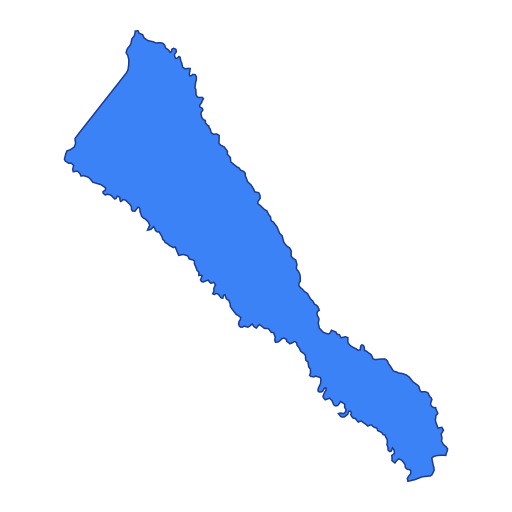 Caçu, Goiás, Brazil (Robinson projection)
{"feature_id": "56859067B96243703619067", "entity_name": "Caçu", "entity_type": "district", "adm_level": 2, "iso_a3": "BRA", "parent_name": "Brazil", "parent_adm1": "Goiás", "projection": "robinson", "projection_center": [-51.053, -18.733], "detail": "fine", "context": "isolated", "style": "filled", "palette": "blue", "viewbox_px": 512, "rotation_deg": 0, "n_neighbors": 0, "source": "geoboundaries", "source_scale": "gbopen_adm2", "svg_char_len": 6046}
<svg xmlns="http://www.w3.org/2000/svg" viewBox="0 0 512 512"><path d="M445.9,455.4L446.1,453.8L447.3,450.8L447.6,448.9L446.1,446.8L443.8,444.9L442.8,443.5L441.5,441.2L442.0,437.8L441.1,434.3L443.5,430.1L441.8,427.3L438.0,428.1L435.6,421.5L435.4,419.5L435.7,417.9L436.0,415.4L437.0,414.5L437.8,413.2L435.9,409.1L435.7,407.6L433.6,407.6L431.5,406.2L430.7,404.8L430.7,403.0L431.9,399.5L431.2,397.9L430.2,397.0L429.1,395.4L428.3,393.2L426.2,392.0L424.8,391.7L421.1,391.8L420.1,390.5L419.5,389.1L419.0,386.7L417.9,385.4L413.1,381.9L409.1,377.0L406.4,375.0L402.3,373.5L398.6,373.0L396.6,371.9L394.9,371.6L393.5,371.0L392.4,369.5L390.0,365.6L388.6,363.9L387.2,360.7L386.0,359.6L384.6,358.9L380.2,359.1L375.2,359.6L373.0,358.9L372.0,356.3L370.9,354.4L368.7,353.0L366.4,351.1L364.6,350.5L364.2,347.2L363.4,345.4L361.7,344.9L360.7,346.1L360.2,350.0L357.9,350.2L355.9,348.6L354.2,348.0L350.4,345.7L348.5,343.6L347.8,341.6L347.9,337.7L345.4,336.7L341.1,337.8L339.3,334.6L337.1,334.3L335.9,332.0L334.3,331.4L331.5,330.2L329.8,333.4L328.1,334.0L323.4,332.4L319.2,328.0L319.0,326.2L318.2,323.3L319.0,319.4L318.7,318.0L317.3,315.4L317.0,313.2L317.6,311.5L319.3,310.2L318.0,307.0L317.1,305.9L316.1,305.0L314.4,304.1L312.8,301.0L311.4,299.8L310.2,298.4L307.4,293.5L304.3,291.4L302.5,289.3L300.4,287.6L298.8,285.5L299.1,282.9L300.3,281.3L300.3,277.7L300.0,275.0L299.3,273.0L298.2,271.0L296.6,269.4L296.4,267.0L297.0,264.8L295.8,260.1L292.5,257.8L291.2,256.2L291.2,250.8L289.6,247.8L287.2,246.4L284.6,243.5L283.5,241.3L282.2,235.8L279.7,233.5L277.0,226.9L273.4,222.1L271.1,220.6L270.5,216.8L268.5,214.3L266.8,210.7L264.4,209.5L260.5,205.7L257.8,203.6L258.0,201.5L260.2,198.3L260.0,195.4L258.7,192.7L254.6,191.8L253.7,189.2L251.1,185.0L247.6,181.7L245.3,175.6L245.2,173.2L243.8,171.5L240.7,170.2L238.7,167.6L237.3,167.2L230.7,161.8L230.4,157.6L227.3,154.2L227.5,151.4L224.2,146.9L220.6,145.1L219.0,143.5L219.2,135.4L216.5,133.9L213.4,134.3L211.1,132.5L210.2,129.0L209.0,127.5L208.9,126.0L207.5,125.3L205.5,123.0L205.3,120.4L203.4,119.7L201.7,117.3L201.0,114.2L201.2,112.3L202.9,110.0L202.3,108.3L199.9,107.1L199.6,105.3L201.7,102.5L202.2,100.7L203.5,98.8L202.4,97.4L199.2,97.5L197.2,96.9L196.1,94.8L195.8,89.4L194.9,87.7L195.6,82.6L196.4,79.5L196.3,76.6L195.2,74.7L192.8,74.4L191.1,75.9L189.6,75.7L189.3,73.7L189.8,71.7L190.2,68.5L188.4,68.4L184.9,68.8L182.5,66.9L181.8,63.2L180.8,60.9L180.1,57.2L178.8,56.5L177.5,58.0L175.8,58.6L174.8,56.7L174.4,54.5L176.4,51.7L175.9,49.3L173.8,48.3L172.0,49.1L171.4,51.5L170.3,52.5L169.2,50.9L167.9,49.5L165.4,47.8L164.7,45.1L162.9,43.3L160.1,42.7L155.8,43.0L153.6,41.9L147.7,40.5L144.0,37.8L142.6,34.6L140.4,33.8L138.9,32.9L138.0,30.7L135.2,31.1L134.9,34.0L134.0,36.2L131.8,39.0L130.9,43.8L129.6,46.1L127.7,48.2L126.6,50.6L126.1,52.7L127.8,55.5L128.8,59.6L128.7,64.7L128.0,69.7L126.4,72.9L78.9,133.3L75.1,138.4L75.1,140.3L75.6,143.1L75.1,145.0L74.0,147.3L70.1,149.8L66.9,150.9L65.8,153.8L64.4,159.1L65.2,161.0L68.8,163.3L71.3,163.2L73.7,165.5L72.6,169.4L73.3,171.8L76.0,171.2L77.7,171.2L80.1,173.9L80.9,176.0L83.8,175.7L88.0,177.1L89.5,178.1L92.9,182.3L101.1,184.7L105.6,187.9L105.4,190.1L103.0,191.6L103.1,193.2L105.3,195.0L107.4,194.3L110.0,194.8L111.5,195.7L114.6,199.0L116.0,198.5L117.3,196.1L119.8,197.2L119.9,199.6L120.6,201.5L121.8,201.0L122.8,199.6L125.5,200.1L129.9,204.4L131.4,206.7L131.5,209.4L132.4,211.0L134.9,211.2L138.1,207.1L139.3,207.7L140.0,209.5L140.0,211.9L141.0,214.1L141.5,216.1L143.2,217.9L145.3,219.0L148.2,221.9L149.0,223.4L149.7,225.2L147.5,230.2L150.9,229.4L153.6,226.6L154.9,228.7L155.5,230.6L157.2,231.9L159.0,231.8L160.3,233.8L161.8,236.4L162.8,239.5L164.4,240.8L165.2,242.6L167.1,243.5L169.3,245.4L173.4,247.6L175.2,247.0L178.7,255.4L183.1,254.5L186.4,255.4L187.9,256.0L189.2,259.0L193.4,260.1L194.4,261.1L194.4,263.8L195.7,266.7L197.0,270.3L198.9,272.3L198.8,275.5L200.8,275.2L202.2,275.8L200.5,279.9L201.6,281.6L203.3,282.0L206.9,280.5L208.3,280.2L209.8,282.4L211.0,283.3L213.8,282.3L215.5,284.9L214.7,286.2L213.9,288.3L213.9,291.1L212.7,293.8L214.4,294.5L216.1,293.4L217.6,293.9L218.7,294.6L221.1,297.9L222.8,298.2L223.5,295.4L224.9,294.7L226.1,298.3L227.4,299.6L228.8,300.3L229.5,302.4L230.2,303.7L230.3,306.3L231.8,308.7L236.3,314.6L238.0,315.3L240.8,317.6L240.2,319.9L239.2,321.1L238.6,323.5L239.1,325.8L240.5,327.1L242.5,327.1L244.2,326.1L247.8,327.2L249.3,326.4L252.1,324.0L254.3,326.9L256.3,328.1L258.3,325.6L259.6,324.6L264.4,328.4L268.4,328.6L271.3,332.4L273.6,332.7L275.3,337.5L274.7,340.0L275.5,342.3L277.9,342.0L279.7,340.9L281.5,339.0L283.8,338.0L286.4,339.4L286.7,341.4L288.3,342.4L289.8,343.8L292.0,343.0L293.8,341.8L295.1,341.6L296.7,342.9L297.0,345.1L299.2,348.0L300.7,351.3L304.0,353.7L305.2,355.1L305.6,356.7L305.5,358.3L305.9,360.3L308.0,362.0L308.7,367.0L310.4,369.1L310.5,373.1L309.6,375.3L310.8,376.4L313.7,376.9L315.7,376.1L320.4,377.6L320.9,379.4L320.6,383.5L318.4,388.0L318.0,389.8L318.2,391.3L319.4,392.0L321.2,392.0L322.6,391.3L323.6,389.5L325.0,387.8L326.3,388.2L325.8,390.6L324.8,391.8L323.0,396.1L323.4,397.7L325.2,399.8L329.7,398.2L332.1,400.8L333.5,404.3L334.8,405.7L336.2,405.9L337.8,405.4L339.2,403.6L340.6,401.5L344.8,404.2L344.6,405.9L344.6,407.4L346.2,410.0L345.0,412.6L343.6,413.6L340.5,413.0L338.4,413.6L340.9,416.7L342.2,417.0L344.3,417.0L347.6,414.4L348.9,411.2L350.4,411.2L351.4,412.8L350.7,414.5L351.5,416.2L353.1,418.1L355.3,418.5L358.3,422.1L361.0,420.9L366.0,424.4L367.8,426.1L369.9,425.1L371.5,425.0L372.6,426.1L374.4,427.4L376.9,428.1L377.7,430.6L380.4,431.8L382.0,432.8L383.2,434.7L384.9,434.9L385.7,437.0L387.3,440.0L387.3,442.4L386.9,444.7L387.9,447.2L388.1,450.2L389.8,451.6L391.2,451.2L392.5,447.9L394.1,450.2L394.4,453.5L391.7,455.5L392.0,457.5L392.0,460.7L394.9,463.0L396.7,460.6L398.8,458.7L401.7,460.3L404.2,463.3L405.1,464.9L405.3,467.3L406.3,468.6L407.9,469.5L410.2,469.7L410.8,471.1L410.5,474.1L408.5,476.4L407.3,478.6L407.9,481.3L414.7,479.7L422.2,476.8L430.4,475.9L432.0,474.7L434.1,470.4L433.9,467.5L433.1,464.8L431.8,458.1L433.5,456.6L436.6,455.6L442.0,455.2L445.9,455.4Z" fill="#3b82f6" stroke="#1e3a8a" stroke-width="1.5"/></svg>